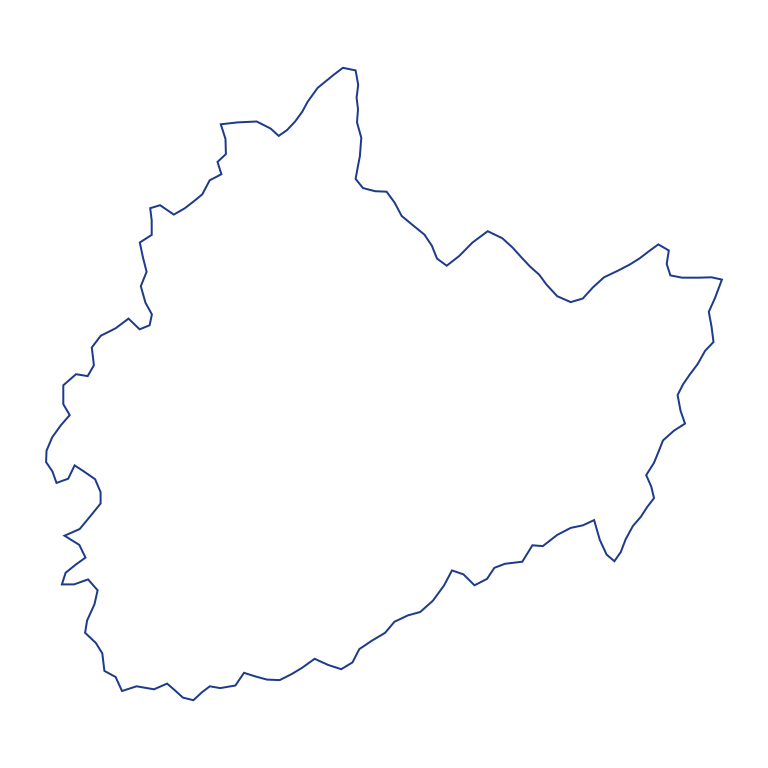 Chalé, Minas Gerais, Brazil (Robinson projection)
{"feature_id": "56859067B57408649157877", "entity_name": "Chalé", "entity_type": "district", "adm_level": 2, "iso_a3": "BRA", "parent_name": "Brazil", "parent_adm1": "Minas Gerais", "projection": "robinson", "projection_center": [-41.659, -20.023], "detail": "fine", "context": "isolated", "style": "outline", "palette": "blue", "viewbox_px": 768, "rotation_deg": 0, "n_neighbors": 0, "source": "geoboundaries", "source_scale": "gbopen_adm2", "svg_char_len": 2333}
<svg xmlns="http://www.w3.org/2000/svg" viewBox="0 0 768 768"><path d="M386.6,191.7L375.1,191.2L363.0,188.1L355.6,178.9L357.6,168.0L359.9,156.0L361.3,137.8L357.0,122.4L358.0,109.2L356.6,97.6L358.2,84.8L355.6,70.4L342.9,67.8L333.8,74.7L317.6,87.9L307.6,101.8L302.2,111.8L295.1,121.5L287.1,130.0L278.7,135.9L270.7,128.6L256.7,121.5L237.6,122.4L220.8,124.3L225.5,139.0L225.9,154.1L217.5,161.9L221.4,174.2L209.7,180.3L202.3,194.3L194.3,200.9L184.9,208.2L173.8,214.6L160.1,205.2L150.2,208.2L151.7,220.3L151.7,234.9L139.8,242.5L142.9,257.2L146.6,271.8L140.8,286.2L145.5,302.8L151.9,314.4L149.6,325.3L139.6,329.3L128.5,318.6L115.6,328.3L100.8,335.7L91.8,347.5L93.9,365.2L87.7,376.1L76.0,374.2L63.3,385.3L63.3,404.2L69.7,415.1L60.8,425.3L52.2,437.3L46.5,450.8L46.1,462.1L52.4,471.4L56.5,482.9L68.2,478.7L74.6,465.4L83.8,471.4L95.1,479.2L100.6,492.2L100.6,503.5L90.8,515.6L79.7,529.0L64.5,535.7L79.3,544.9L85.5,557.6L75.6,564.7L65.6,572.8L61.9,584.4L74.0,584.4L88.1,579.4L97.6,590.3L94.5,604.2L87.1,620.5L85.1,632.8L95.9,643.0L102.3,653.4L104.4,670.9L115.6,677.0L122.0,691.0L136.6,686.3L154.0,689.3L167.1,683.6L175.1,690.5L182.9,697.6L193.4,700.2L201.8,692.4L209.8,686.3L220.2,688.1L235.4,685.5L244.0,672.8L254.9,676.3L267.0,679.6L279.7,680.1L291.4,674.2L301.8,668.0L314.6,658.8L328.3,665.0L341.2,669.2L352.5,662.4L359.3,649.1L372.0,640.6L385.1,632.8L394.5,621.7L408.1,615.3L420.2,612.0L432.9,600.7L444.0,585.5L452.0,570.4L463.5,574.4L474.5,585.3L487.0,578.9L494.4,567.8L504.9,563.8L522.3,561.7L532.4,545.3L542.8,546.1L557.2,534.9L570.7,527.9L583.0,525.3L594.1,520.1L599.8,539.9L606.6,554.6L614.4,561.2L620.8,552.0L625.7,539.2L632.9,526.0L640.9,516.7L647.0,507.3L654.0,498.1L651.3,486.7L646.2,475.1L654.0,462.8L659.1,450.3L663.0,440.4L673.9,430.7L685.0,423.6L680.5,410.6L677.6,395.0L683.3,383.9L689.9,374.4L697.7,364.0L705.1,350.8L713.5,342.0L711.5,326.4L708.8,311.8L715.1,297.8L721.9,279.6L711.5,277.3L698.1,277.7L682.3,277.7L670.4,275.4L666.7,264.0L668.8,250.5L658.3,244.4L648.3,251.7L639.7,258.3L629.8,264.5L618.1,270.6L604.0,277.3L592.9,287.4L582.8,298.5L570.7,302.1L557.2,296.2L546.5,284.6L539.2,274.7L529.9,266.4L521.9,257.9L512.5,247.5L502.4,238.3L487.7,231.2L472.5,242.5L459.2,256.0L446.7,265.7L437.0,258.6L431.9,245.8L424.5,234.7L412.0,224.5L401.7,216.0L394.6,202.6L386.6,191.7Z" fill="none" stroke="#1e3a8a" stroke-width="2"/></svg>